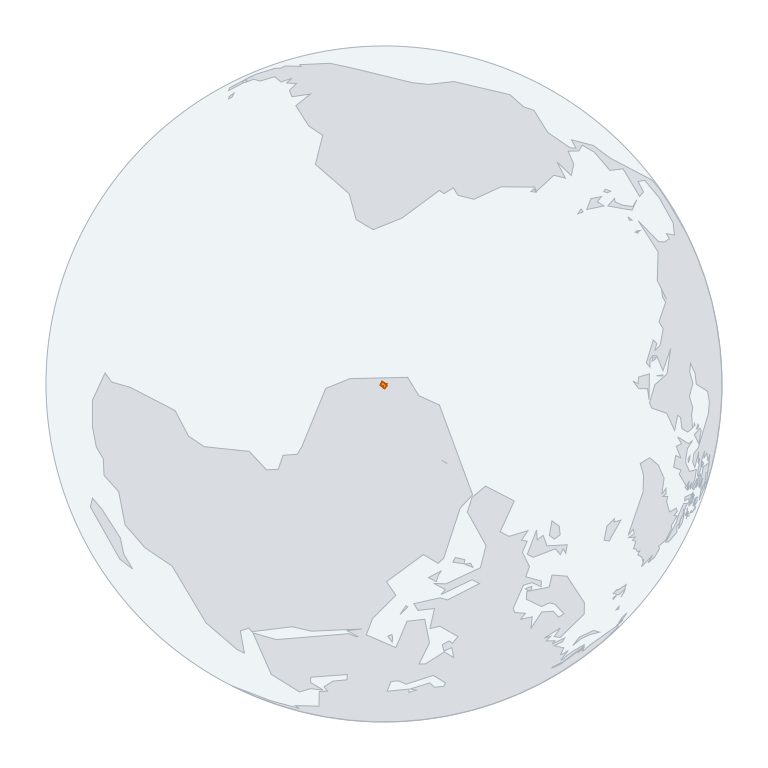 Gabú highlighted on a globe, orthographic projection, rotated 125°
{"feature_id": "GNB-777", "entity_name": "Gabú", "entity_type": "Region", "adm_level": 1, "iso_a3": "GNB", "parent_name": "Guinea-Bissau", "parent_adm1": "", "projection": "orthographic", "projection_center": [-14.296, 12.118], "detail": "fine", "context": "on_globe", "style": "filled", "palette": "amber", "viewbox_px": 768, "rotation_deg": 125, "n_neighbors": 0, "source": "natural_earth", "source_scale": "10m", "svg_char_len": 9858}
<svg xmlns="http://www.w3.org/2000/svg" viewBox="0 0 768 768"><g transform="rotate(125 384 384)"><circle cx="384" cy="384" r="338" fill="#eef3f6" stroke="#a8b0b8"/><path d="M75.8,245.5L74.6,248.1L74.9,247.4L75.8,245.5ZM286.3,60.5L281.1,62.2L280.7,63.0L254.5,76.8L261.3,74.5L255.6,79.8L261.4,79.4L254.9,83.1L265.1,79.8L270.0,76.6L276.1,74.4L280.0,74.2L272.3,78.5L269.3,79.2L269.0,80.4L263.6,82.8L268.4,81.6L258.7,87.4L274.0,81.6L270.9,86.4L262.9,90.4L256.5,89.8L222.2,101.3L212.1,107.1L204.4,114.7L205.0,128.1L196.9,135.2L191.2,144.8L198.9,140.4L206.1,131.5L219.1,126.6L226.4,117.4L232.7,114.5L243.1,106.0L249.2,107.7L249.6,114.4L241.3,121.9L241.2,125.5L255.3,119.3L245.9,135.6L250.2,151.0L246.9,155.8L229.2,161.7L213.4,157.9L190.5,169.6L213.1,163.1L204.5,176.8L206.3,179.9L211.3,180.3L217.6,175.8L216.3,181.2L193.5,188.7L194.3,183.8L201.5,181.2L194.0,180.0L178.6,187.0L175.4,194.4L155.4,200.2L152.9,205.9L147.2,211.0L152.5,201.2L142.5,219.5L118.5,235.3L104.5,269.3L109.9,240.7L106.6,235.6L101.4,233.6L98.8,238.9L95.4,231.4L86.1,239.7L73.6,265.2L67.6,287.2L72.3,292.1L77.9,281.6L83.8,282.2L70.6,311.6L79.4,321.4L73.4,344.7L74.7,358.7L81.4,358.1L87.6,366.7L95.1,354.7L105.8,350.1L102.9,369.6L111.3,353.5L115.6,364.6L138.9,369.6L136.3,373.6L155.4,401.3L181.1,416.3L187.0,431.6L183.5,439.8L193.5,443.9L193.7,449.7L237.7,464.4L263.8,481.4L265.3,501.1L248.1,521.6L243.4,566.2L215.5,576.8L215.7,593.8L206.6,615.8L188.7,610.6L201.5,624.2L197.8,629.8L188.2,628.1L193.2,636.4L186.5,634.8L195.7,641.6L195.0,649.8L207.0,659.4L209.1,665.6L217.3,671.1L214.4,670.2L213.9,671.1L217.3,673.7L203.7,666.6L188.2,654.6L184.5,649.7L180.4,647.6L171.4,634.2L170.7,636.1L152.4,612.4L144.4,593.6L120.7,533.1L113.0,519.3L96.1,500.1L74.8,446.9L76.9,428.7L73.8,418.2L84.0,394.1L83.8,367.1L80.8,362.0L76.4,370.4L68.6,349.3L69.2,328.0L63.2,281.2L66.4,269.9L72.6,254.1L87.6,221.7L99.8,201.2L113.4,181.6L128.3,163.0L144.6,145.6L162.0,129.3L180.5,114.2L200.0,100.5L220.5,88.3L241.8,77.5L263.8,68.2L286.3,60.5ZM99.4,280.5L109.8,302.8L99.7,301.6L102.3,299.2L100.6,290.9L95.9,281.9L88.1,282.6L99.4,280.5ZM113.5,264.5L111.3,262.2L114.0,263.0L113.5,264.5ZM239.1,105.7L241.0,105.9L238.1,107.3L239.1,105.7ZM241.7,102.2L236.9,103.8L237.4,102.4L240.4,101.4L241.7,102.2ZM247.6,100.6L239.0,99.8L240.1,97.5L252.3,92.0L247.6,100.6ZM269.9,75.8L264.9,79.1L265.5,76.7L269.9,75.8ZM268.8,74.9L261.9,72.5L271.2,68.1L271.6,69.5L280.8,64.7L288.7,63.7L285.5,66.1L277.9,68.9L286.7,66.5L268.8,74.9ZM278.6,73.3L276.4,72.9L284.3,69.0L290.2,69.2L285.7,70.3L278.6,73.3ZM279.3,64.3L286.2,61.9L294.6,60.2L298.4,59.2L289.7,63.3L279.3,64.3ZM285.9,71.1L293.0,69.5L292.8,71.3L281.3,73.5L285.9,71.1ZM283.9,68.1L287.9,66.3L287.6,67.3L283.9,68.1ZM295.9,78.2L293.1,77.1L297.0,74.8L295.9,78.2ZM295.6,68.8L295.7,68.2L296.9,67.4L301.4,66.8L295.6,68.8ZM296.2,62.2L298.2,62.3L300.2,60.3L306.5,59.6L299.5,62.7L305.2,61.0L307.1,60.9L299.3,63.7L296.2,62.2ZM309.6,63.9L302.9,68.6L307.3,70.7L304.0,72.6L297.5,68.9L309.6,63.9ZM304.2,63.5L306.8,64.1L301.3,65.8L296.2,66.5L304.2,63.5ZM313.3,58.1L305.4,58.5L307.1,57.8L313.3,58.1ZM311.9,64.1L313.5,63.1L312.9,64.1L311.9,64.1ZM314.1,59.4L311.0,59.5L313.1,58.7L314.1,59.4ZM319.1,61.2L316.9,62.5L313.4,62.8L319.1,61.2ZM317.7,60.1L321.3,59.1L313.4,62.1L315.9,60.2L317.7,60.1ZM316.5,58.7L316.8,58.3L317.5,58.8L316.5,58.7ZM333.7,59.7L324.7,63.5L316.9,64.0L326.7,60.1L333.7,59.7ZM229.9,680.3L206.6,668.5L218.1,674.3L217.4,671.7L232.8,679.6L229.9,680.3ZM231.6,673.8L235.9,673.0L239.5,674.8L237.3,675.7L231.6,673.8ZM718.4,335.1L708.6,295.6L698.3,267.2L698.4,272.3L685.2,252.5L673.0,260.6L668.0,254.0L666.4,259.4L656.5,255.3L647.5,244.6L643.1,247.5L666.2,275.8L670.6,272.9L669.6,258.2L675.6,269.3L684.7,276.6L686.5,309.8L663.0,348.6L655.2,325.7L608.8,269.7L607.1,262.4L606.7,261.6L605.8,260.3L607.2,272.6L597.4,261.7L628.0,301.5L635.6,320.1L662.7,350.2L661.5,354.6L668.6,360.1L684.5,344.0L685.8,352.1L681.7,392.9L654.7,453.0L655.2,485.9L647.9,515.3L624.3,539.6L619.4,560.9L606.2,571.1L600.7,583.4L586.2,598.3L564.5,613.5L535.0,618.8L538.6,608.3L532.2,589.4L525.6,539.9L538.8,514.2L538.5,495.4L516.5,455.7L521.7,431.0L514.5,421.7L500.3,425.8L491.3,414.7L482.1,415.4L421.1,429.2L399.1,414.9L365.0,368.5L373.6,348.7L369.4,326.6L423.9,247.9L442.0,250.4L492.4,235.2L499.9,236.9L501.1,253.9L544.6,268.6L550.2,253.1L582.6,258.9L599.6,254.6L593.1,223.0L565.2,229.1L553.3,215.7L570.0,198.2L593.3,194.7L589.5,189.5L568.8,180.8L568.1,170.0L561.0,177.2L568.4,181.7L564.0,186.8L557.0,183.2L557.1,179.2L548.4,178.5L550.4,199.3L558.1,206.1L538.9,213.8L549.9,226.2L546.9,233.6L527.1,215.6L524.4,208.1L492.7,191.3L493.8,199.6L523.8,216.5L517.1,215.9L518.8,228.9L512.2,218.6L479.1,199.6L457.8,207.8L441.0,242.3L426.4,246.8L409.4,242.3L405.1,210.2L438.3,204.1L437.2,194.3L421.6,182.0L433.0,181.7L430.7,176.5L442.4,174.2L450.1,160.1L460.6,157.3L455.2,142.1L459.9,139.0L461.7,148.6L468.7,154.4L493.8,149.5L496.2,145.7L490.7,136.6L498.3,137.1L489.7,129.0L500.0,123.5L480.2,124.0L473.2,115.1L474.8,107.3L469.0,104.8L466.3,117.8L468.5,123.1L476.0,127.3L478.7,144.0L471.9,148.0L455.6,132.2L444.1,136.8L436.5,123.8L448.3,94.3L457.6,88.1L490.6,94.3L493.3,99.7L482.8,99.7L500.2,107.0L495.1,102.8L501.4,103.7L496.3,96.7L500.6,97.2L488.4,90.3L493.0,90.1L500.7,94.4L497.0,85.4L504.4,84.2L501.5,82.1L496.4,80.2L509.1,80.8L506.4,79.3L501.2,78.4L492.5,75.2L482.1,70.1L487.1,70.5L491.5,72.4L508.3,77.7L519.3,83.6L520.3,83.4L511.9,78.5L491.4,71.8L483.7,68.7L493.2,71.1L489.1,69.9L486.9,68.6L489.3,68.0L478.8,65.3L447.2,54.0L448.7,52.9L460.6,55.4L447.4,52.1L471.4,57.6L494.9,64.8L517.8,73.7L540.0,84.2L561.4,96.4L581.8,110.0L601.2,125.1L619.4,141.6L636.4,159.4L652.1,178.3L666.3,198.3L679.1,219.4L690.3,241.2L699.9,263.9L707.7,287.2L713.9,311.0L718.4,335.1ZM413.0,286.5L413.4,293.1L413.0,286.5ZM623.6,207.6L633.9,205.2L619.6,188.6L622.3,186.6L616.4,182.1L618.5,187.4L602.6,175.1L603.5,168.6L597.3,161.6L593.5,162.2L594.4,176.5L617.1,193.6L618.9,201.9L623.6,207.6ZM139.7,369.5L142.1,374.0L138.1,373.2L139.7,369.5ZM96.1,309.0L99.3,310.7L100.3,314.3L97.4,314.3L96.1,309.0ZM128.8,319.7L133.5,322.8L127.6,322.9L128.8,319.7ZM112.0,305.9L124.8,318.0L113.5,320.8L105.8,313.5L112.4,313.8L112.0,305.9ZM107.5,274.8L109.1,276.9L107.1,280.1L107.5,274.8ZM115.5,265.2L114.5,265.2L114.7,262.0L115.5,265.2ZM205.9,176.3L207.6,175.9L211.7,177.5L207.9,179.1L205.9,176.3ZM241.7,172.8L238.7,181.7L238.1,176.0L232.2,179.4L223.5,172.4L244.8,157.9L236.7,165.4L241.7,172.8ZM217.8,160.5L220.9,165.6L216.6,160.6L217.8,160.5ZM406.6,153.2L413.4,155.5L413.1,161.7L399.7,168.0L400.0,158.8L406.6,153.2ZM423.1,157.7L410.6,141.7L418.4,138.1L416.2,142.6L422.6,141.8L420.7,149.1L440.3,162.3L441.3,168.9L416.1,175.3L423.8,169.1L416.7,166.8L423.1,157.7ZM365.0,116.4L359.7,111.9L383.5,109.5L385.7,114.1L372.5,119.9L362.2,118.0L365.0,116.4ZM270.7,92.1L267.2,92.3L269.3,90.9L274.0,89.5L270.7,92.1ZM294.3,77.8L288.5,90.5L284.1,91.1L286.0,99.0L275.2,104.0L274.3,98.5L267.4,108.9L262.3,105.9L258.9,113.1L258.2,100.3L253.3,98.8L262.8,98.4L272.9,93.6L275.8,91.2L280.4,83.5L274.9,79.1L284.0,74.6L291.9,72.7L294.6,73.0L287.8,75.6L296.3,74.2L288.6,78.4L294.3,77.8ZM379.1,65.2L370.1,65.8L385.9,68.2L378.2,70.5L380.5,70.6L377.8,73.7L378.5,78.0L374.0,78.8L376.2,80.3L374.4,82.7L375.9,85.1L368.4,87.6L369.6,90.9L365.3,90.4L369.5,95.5L363.0,93.0L360.1,96.6L367.9,97.2L323.5,110.0L309.9,119.1L302.1,128.5L292.1,124.1L293.0,113.1L300.4,100.6L314.9,93.2L307.7,93.1L312.5,89.8L316.2,91.2L313.5,87.1L318.4,84.9L325.0,76.8L318.0,73.3L320.2,70.7L325.4,71.0L324.0,68.3L335.4,67.4L337.2,65.7L350.3,63.6L359.3,66.0L360.7,64.0L370.7,63.0L379.1,65.2ZM337.5,59.1L350.0,60.3L352.0,62.5L328.4,65.4L325.2,67.0L310.1,70.0L307.6,67.0L312.1,66.3L315.9,65.1L315.2,66.5L318.6,64.4L325.0,63.6L329.4,62.0L332.3,62.7L337.5,59.1ZM504.1,229.8L509.1,229.8L516.0,227.9L517.1,236.5L504.1,229.8ZM481.5,217.0L485.4,215.3L490.4,225.5L485.2,226.0L481.5,217.0ZM483.3,206.1L485.2,214.4L481.1,210.2L483.3,206.1ZM464.9,146.9L468.6,145.1L470.6,147.1L470.6,150.7L464.9,146.9ZM424.2,76.1L418.7,75.3L418.8,74.3L409.4,70.6L414.3,69.1L421.9,70.7L424.2,76.1ZM590.8,229.2L588.4,236.2L584.7,233.9L586.3,231.9L590.8,229.2ZM552.9,236.6L563.6,238.7L553.1,238.9L552.9,236.6ZM428.0,73.9L423.6,72.3L428.8,72.6L428.0,73.9ZM417.4,67.9L422.8,67.7L413.8,68.5L417.4,67.9ZM679.0,499.9L653.0,554.1L644.7,557.3L648.3,543.4L661.4,511.6L672.7,499.5L679.7,483.9L679.0,499.9ZM463.7,65.3L471.3,71.6L480.0,76.6L490.0,79.4L479.1,78.7L465.7,71.0L463.7,65.3ZM448.7,55.0L440.0,53.5L441.5,53.1L443.7,53.4L448.7,55.0ZM445.1,54.8L438.6,55.1L432.2,53.7L438.6,53.6L445.1,54.8ZM433.8,62.6L435.7,64.4L431.4,64.0L433.8,62.6Z" fill="#d9dde1" stroke="#a8b0b8" stroke-width="1"/><path d="M387.5,383.0L387.4,383.1L387.2,383.2L386.8,383.2L386.6,383.1L386.4,383.2L386.0,383.4L385.9,383.6L385.9,383.8L386.1,383.8L386.3,384.0L386.5,384.1L386.7,384.3L386.8,384.4L386.9,384.5L387.0,384.5L387.3,384.7L387.3,384.8L387.3,385.0L387.2,385.3L387.3,386.0L387.3,386.3L387.2,386.5L386.9,386.6L386.7,386.5L386.7,386.4L386.6,386.2L386.4,386.2L386.5,386.3L386.4,386.5L386.1,386.7L385.7,386.8L385.4,386.8L385.1,386.8L384.9,386.8L384.8,386.7L384.7,386.7L384.1,386.7L383.9,386.7L383.9,386.9L383.7,387.0L383.2,387.3L383.1,387.1L383.0,386.9L382.8,386.8L382.8,386.5L382.8,386.4L383.0,386.3L383.1,386.2L382.9,385.7L382.9,385.4L383.0,385.1L382.9,385.0L382.8,384.9L382.8,384.7L382.9,384.4L382.7,384.3L382.7,384.2L382.8,384.0L383.0,383.9L383.2,383.7L382.9,383.2L383.0,383.0L383.0,382.9L382.9,382.8L382.8,382.7L382.7,382.7L382.5,382.4L382.8,382.3L382.8,382.2L383.0,382.1L383.1,381.9L382.9,381.8L382.7,381.8L382.6,381.7L382.8,381.7L383.0,381.7L383.0,381.8L383.2,381.7L383.3,381.7L383.4,381.8L383.4,381.7L383.5,381.7L383.4,381.5L383.4,381.4L383.3,381.0L383.4,380.9L383.4,381.0L383.5,381.1L383.6,380.9L383.7,380.7L385.2,380.7L387.3,380.7L387.2,381.1L387.3,381.4L387.6,381.8L387.7,382.0L387.5,382.3L387.5,382.5L387.5,382.8L387.5,383.0L387.5,383.0Z" fill="#f59e0b" stroke="#b45309" stroke-width="1.5"/></g></svg>